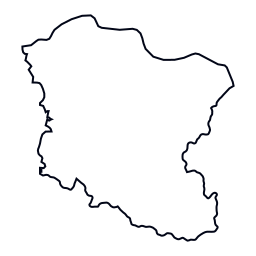 Branicevski, Mercator projection
{"feature_id": "SRB-279", "entity_name": "Branicevski", "entity_type": "District", "adm_level": 1, "iso_a3": "SRB", "parent_name": "Republic of Serbia", "parent_adm1": "", "projection": "mercator", "projection_center": [21.622, 44.446], "detail": "fine", "context": "isolated", "style": "outline", "palette": "ink", "viewbox_px": 256, "rotation_deg": 0, "n_neighbors": 0, "source": "natural_earth", "source_scale": "10m", "svg_char_len": 5903}
<svg xmlns="http://www.w3.org/2000/svg" viewBox="0 0 256 256"><path d="M90.7,15.4L90.8,15.4L94.6,18.3L98.3,26.2L101.7,27.8L119.7,29.8L132.6,28.8L136.8,29.9L140.5,33.4L142.3,38.2L143.6,43.6L145.6,48.9L153.3,56.7L163.6,59.9L174.6,59.8L184.0,57.8L191.8,54.5L195.4,53.5L198.9,54.2L218.0,64.3L224.7,65.4L226.8,67.4L232.7,81.8L233.6,85.9L229.5,88.3L223.4,94.8L221.4,97.1L219.6,98.7L217.8,101.0L217.0,102.1L216.7,102.8L216.6,103.4L216.5,104.8L216.4,105.3L216.1,105.7L215.7,105.9L215.4,106.0L214.0,106.2L212.9,106.6L212.3,106.9L211.7,107.4L211.1,108.1L211.6,109.0L211.9,109.8L212.2,110.6L212.3,111.5L212.2,112.5L212.2,113.9L212.1,114.4L211.9,114.8L211.1,116.0L210.8,116.4L210.5,117.5L210.1,119.5L210.0,120.0L209.7,120.5L208.9,121.6L208.7,122.1L208.5,122.6L208.4,123.2L208.3,123.9L208.4,124.5L208.5,125.2L209.5,127.5L209.8,128.8L210.0,129.6L210.0,130.2L209.8,130.9L208.9,133.1L208.6,133.6L208.2,134.1L207.9,134.3L207.4,134.4L206.8,134.5L205.4,134.5L204.7,134.4L203.2,134.1L202.5,134.1L201.6,134.4L201.0,134.7L200.2,135.6L200.0,136.0L199.4,137.1L198.9,137.8L198.4,138.4L197.7,138.9L197.2,139.4L197.0,139.8L196.0,142.2L195.5,143.0L195.1,143.2L194.7,143.4L194.1,143.5L193.7,143.4L191.7,142.5L191.0,142.4L190.4,142.4L189.8,142.5L189.4,142.6L188.6,143.1L188.2,143.5L188.0,143.9L187.8,144.3L187.6,145.1L187.4,148.4L187.2,149.1L186.9,150.0L186.6,150.5L186.1,151.0L185.6,151.5L184.1,152.3L183.6,152.7L183.1,153.5L182.7,154.3L182.6,155.0L182.5,156.6L182.6,158.2L182.7,159.0L182.9,159.5L183.2,159.9L183.5,160.2L185.5,161.8L186.1,162.7L186.4,163.5L186.5,164.1L186.4,164.7L186.1,165.3L185.4,166.4L185.2,167.0L185.2,167.7L185.3,168.3L186.4,170.6L187.0,172.1L189.4,171.6L192.5,170.7L193.2,170.6L193.8,170.6L194.5,170.6L195.1,170.8L195.6,171.1L196.7,172.1L197.5,172.4L198.8,172.8L199.8,173.2L200.5,173.8L202.5,176.0L203.0,176.9L203.5,178.3L203.6,179.0L203.5,180.4L203.5,181.0L204.1,183.3L204.1,183.9L203.8,185.3L203.8,186.2L203.8,186.6L204.2,187.6L204.3,188.4L204.4,189.2L204.3,190.1L203.9,192.4L203.9,193.7L204.0,194.3L204.2,194.8L204.5,195.1L205.9,196.3L206.8,197.3L207.3,197.9L207.8,198.2L208.2,198.3L208.5,198.2L209.0,197.9L209.5,197.5L210.3,196.6L211.8,194.6L212.3,194.1L212.8,193.6L213.3,193.3L214.1,192.9L214.5,192.8L215.1,192.8L215.9,193.1L216.3,193.4L216.6,193.7L216.8,194.2L216.9,194.6L216.8,195.0L216.7,195.4L215.9,196.5L215.7,196.9L215.5,197.4L215.5,198.0L215.6,198.4L216.0,199.4L216.8,201.3L217.1,202.5L217.1,203.2L217.1,203.9L217.0,204.6L216.6,206.2L216.5,207.6L216.6,210.4L216.8,211.9L217.0,212.8L217.1,213.5L217.0,214.2L216.8,214.8L216.4,215.6L215.9,216.1L214.8,217.1L214.4,217.6L214.2,218.0L214.2,218.4L214.3,218.9L214.7,220.0L214.8,220.7L215.1,223.2L215.3,224.0L215.5,224.4L215.7,224.9L217.2,226.4L217.6,226.9L217.6,227.5L217.5,227.9L217.2,228.4L216.1,230.0L215.5,230.8L215.1,231.1L214.7,231.4L214.2,231.6L213.4,231.7L211.8,231.8L207.5,231.7L206.7,231.8L205.4,232.1L204.4,232.5L203.0,233.2L201.7,234.0L200.7,234.6L198.4,236.3L197.9,236.8L196.4,238.6L195.8,239.3L195.2,239.7L194.8,239.8L194.3,239.9L193.7,239.9L191.4,239.7L190.7,239.7L188.8,240.4L187.7,240.6L187.4,240.6L185.6,239.5L183.4,238.0L182.7,237.8L182.1,237.9L179.6,239.0L179.0,239.2L178.4,239.2L178.0,239.2L177.0,238.9L175.6,238.2L174.4,237.5L173.2,235.9L172.1,234.5L171.6,234.0L171.3,233.8L170.2,233.5L168.1,233.2L167.5,233.2L167.0,233.3L166.6,233.5L165.0,234.7L163.7,235.4L163.1,235.5L162.1,235.7L161.2,235.6L160.0,235.0L158.4,234.5L157.9,234.3L157.5,233.9L157.1,233.4L156.9,233.0L156.4,230.8L156.1,230.3L155.8,229.9L153.4,228.0L152.8,227.6L151.8,227.2L150.7,226.8L149.6,226.6L149.0,226.6L147.4,226.8L146.1,226.9L145.5,226.8L143.1,226.0L142.3,225.9L141.4,225.9L140.6,226.1L139.5,226.7L138.6,226.8L138.1,226.7L137.5,226.5L135.3,225.4L133.6,225.1L132.6,224.8L131.8,224.3L131.5,224.0L131.3,223.5L131.1,222.5L130.4,220.6L130.1,218.9L130.0,218.5L129.6,218.0L128.9,217.5L127.6,216.8L127.0,216.3L126.5,215.6L125.5,214.3L124.8,213.6L123.2,212.4L120.3,209.7L118.8,207.7L117.7,206.4L116.4,207.0L115.1,207.2L114.0,207.4L113.0,207.2L112.5,207.0L111.0,206.1L110.5,205.6L109.2,204.0L108.6,203.5L108.2,203.2L107.4,202.8L106.9,202.7L106.3,202.6L102.1,203.0L101.3,203.2L100.8,203.4L100.3,203.6L99.7,204.1L99.2,204.6L98.9,205.0L98.4,206.0L98.1,206.5L97.8,206.7L94.4,206.7L92.7,206.9L92.0,206.9L91.4,206.8L91.0,206.7L90.2,206.2L89.8,205.9L89.5,205.2L89.4,204.7L89.6,204.2L90.7,202.8L91.0,202.1L91.7,200.2L92.4,198.5L92.5,197.9L92.5,197.3L92.3,196.9L92.0,196.4L91.5,196.1L91.0,195.9L89.3,195.7L88.7,195.5L87.9,195.0L87.4,194.6L86.7,193.2L85.6,191.4L85.3,190.8L85.2,190.2L85.2,189.6L85.4,188.7L85.4,188.1L85.3,187.4L85.0,186.6L84.5,185.7L84.0,185.1L83.5,184.5L81.2,182.8L76.5,178.7L75.5,181.3L74.9,182.7L74.6,183.4L74.0,185.8L73.6,186.6L73.0,187.5L71.3,189.4L71.0,189.6L70.7,189.7L70.3,189.7L69.7,189.5L68.1,188.6L67.6,188.4L66.4,188.1L64.3,187.9L63.6,187.7L62.7,187.3L61.5,186.1L60.6,184.9L60.3,184.3L60.1,183.6L59.8,181.8L59.5,181.3L59.2,181.0L56.7,179.2L54.7,177.9L54.1,177.6L53.5,177.4L51.4,177.1L50.8,177.0L50.2,176.8L49.8,176.5L48.9,175.7L48.4,175.3L47.6,175.0L46.8,174.9L45.8,174.9L43.0,175.5L40.0,173.8L40.0,171.8L41.4,171.8L41.4,170.0L40.0,170.0L40.0,167.8L43.7,168.1L45.3,166.4L44.6,164.0L41.4,161.9L42.4,158.2L41.5,156.4L39.8,155.3L38.5,153.7L37.9,150.6L38.2,148.9L38.9,147.2L40.0,143.6L40.9,138.7L42.4,134.4L45.6,131.6L51.5,131.5L50.8,129.2L49.6,127.7L47.9,126.5L45.7,125.4L47.3,119.3L48.9,120.5L49.5,120.5L50.1,119.9L51.5,119.3L50.4,118.8L49.7,118.1L48.9,117.5L47.3,117.1L48.2,112.5L48.6,111.1L47.3,111.1L45.7,112.2L44.8,109.4L43.2,105.9L40.0,105.0L40.0,103.0L42.9,100.2L44.3,97.2L44.3,93.5L42.9,88.8L41.2,85.0L39.5,83.1L37.0,82.6L32.6,82.5L33.2,76.9L28.7,69.7L31.3,66.3L30.2,64.8L27.1,61.7L25.4,60.4L25.8,59.0L26.5,55.5L27.0,54.1L24.7,53.8L23.2,52.3L22.5,49.6L22.4,46.5L31.1,45.2L36.4,41.0L38.4,39.7L41.2,39.5L46.5,39.9L49.3,38.8L51.0,36.1L52.6,32.8L54.5,29.8L61.6,24.3L71.6,19.2L82.1,15.8L90.7,15.4Z" fill="none" stroke="#020617" stroke-width="2"/></svg>